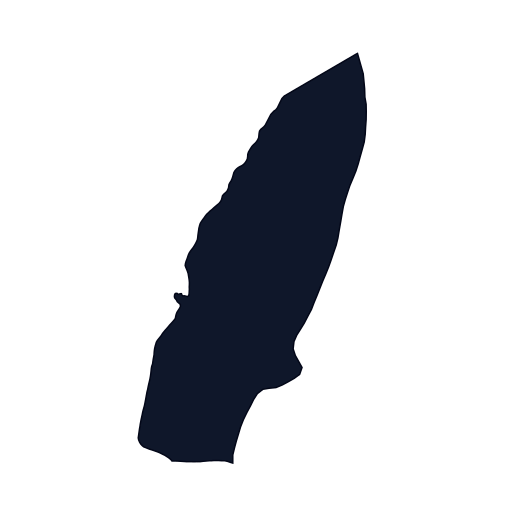 the district of Ayn, Shabwah, Yemen, rotated 8°
{"feature_id": "15242507B91008874349012", "entity_name": "Ayn", "entity_type": "district", "adm_level": 2, "iso_a3": "YEM", "parent_name": "Yemen", "parent_adm1": "Shabwah", "projection": "robinson", "projection_center": [45.555, 14.95], "detail": "fine", "context": "isolated", "style": "filled", "palette": "ink", "viewbox_px": 512, "rotation_deg": 8, "n_neighbors": 0, "source": "geoboundaries", "source_scale": "gbopen_adm2", "svg_char_len": 3744}
<svg xmlns="http://www.w3.org/2000/svg" viewBox="0 0 512 512"><g transform="rotate(8 256 256)"><path d="M261.8,464.3L261.7,463.4L260.7,456.2L261.4,449.0L262.3,441.7L263.4,434.6L264.5,427.3L266.3,419.8L268.9,411.8L271.4,405.1L273.6,398.4L276.5,392.1L281.4,387.0L287.5,385.1L294.1,383.5L300.0,380.0L305.6,375.9L310.9,371.8L315.7,367.1L317.1,360.0L313.0,354.6L308.8,349.1L305.7,342.8L305.5,335.4L307.4,328.6L310.3,322.2L313.1,315.8L315.7,308.4L318.3,301.3L320.0,293.9L321.9,286.6L323.9,278.4L325.6,271.4L326.9,266.6L327.5,264.4L329.4,256.8L330.9,249.6L332.3,242.2L333.9,234.0L334.6,226.8L334.8,218.7L335.1,210.1L335.3,202.4L335.6,194.6L336.6,187.3L337.8,180.4L339.1,173.3L341.2,165.4L343.1,157.9L344.4,150.4L345.3,143.3L346.4,135.2L347.3,128.0L347.2,120.3L346.6,113.3L346.1,105.8L345.1,97.8L343.9,90.3L341.7,83.5L340.3,75.3L338.9,69.4L338.6,68.1L336.8,60.6L330.6,46.5L328.3,41.3L327.0,42.2L292.6,69.3L261.8,93.6L259.8,96.4L258.4,100.6L256.6,106.2L256.1,107.1L255.2,108.6L253.6,110.0L251.0,113.7L247.7,123.0L247.0,125.0L245.9,126.8L244.6,128.3L243.1,129.9L242.1,131.8L242.0,134.2L242.1,136.3L242.2,138.4L241.6,140.5L240.6,142.7L239.5,144.4L238.0,146.2L236.8,147.9L235.8,150.0L235.0,151.9L234.1,154.1L233.7,156.4L233.9,158.8L233.9,161.1L233.2,163.2L232.3,165.1L230.9,167.1L229.3,168.6L227.6,169.7L226.1,170.9L224.7,172.4L223.4,174.3L222.5,176.4L222.2,178.7L221.9,181.0L221.5,183.0L220.9,185.1L219.9,187.2L219.3,189.0L219.3,192.4L218.7,194.6L218.1,196.2L216.7,197.9L215.4,199.4L214.4,201.1L214.2,203.4L213.9,205.5L213.1,207.4L212.0,209.2L210.4,210.9L208.8,212.7L207.4,214.3L205.9,216.2L204.3,217.8L202.9,219.7L201.4,221.5L200.3,223.4L199.3,225.4L198.2,227.4L197.2,229.4L196.3,231.4L195.9,233.6L195.7,235.7L195.6,236.1L195.6,238.4L195.6,240.7L195.6,243.0L195.7,245.4L195.7,247.8L195.2,249.8L194.4,252.2L193.6,254.2L192.5,256.6L191.4,258.5L190.3,260.5L189.4,262.5L188.8,264.7L188.4,267.0L188.0,269.0L187.5,271.0L187.2,273.2L187.2,275.3L188.2,277.2L189.4,279.2L190.4,281.0L191.3,282.9L191.9,284.9L192.6,287.1L193.2,289.2L193.7,291.4L194.0,293.7L194.2,296.0L194.6,298.1L194.8,300.3L195.0,302.6L194.9,304.7L193.7,305.7L191.8,305.5L191.0,305.4L190.5,305.4L189.0,305.7L188.7,305.5L188.1,305.1L188.0,304.8L187.4,303.7L186.5,303.8L185.2,304.4L184.2,304.8L183.1,304.0L182.6,304.0L181.9,304.1L181.2,304.5L180.8,305.7L180.8,307.3L181.2,308.6L181.5,309.0L183.2,310.5L184.4,312.2L186.1,313.3L187.8,314.5L188.2,316.7L187.5,318.6L186.6,320.5L185.6,322.7L185.1,324.8L184.9,326.9L184.8,329.1L183.8,330.9L182.6,332.8L181.3,334.7L180.1,336.4L178.9,338.4L177.8,340.1L177.5,340.6L176.5,342.0L175.4,343.8L174.3,345.6L173.3,347.9L172.2,349.8L171.1,351.6L170.1,353.3L169.3,355.3L169.0,357.4L168.7,359.4L168.5,361.8L168.5,363.9L168.6,365.9L168.8,368.0L168.7,370.4L168.6,372.6L168.6,374.8L168.6,377.3L168.1,379.7L168.0,381.9L168.1,384.2L168.2,387.0L168.2,389.8L168.1,392.5L167.9,394.9L167.6,397.9L167.4,400.7L167.3,403.1L167.0,405.6L166.9,408.0L166.8,410.3L166.7,413.3L166.6,415.3L166.5,417.4L166.3,420.2L166.0,422.4L165.7,424.7L165.5,426.9L165.4,429.0L165.2,431.4L165.2,431.7L165.0,434.1L164.9,436.5L164.8,438.6L164.8,440.9L164.7,443.2L164.7,445.5L164.7,448.0L164.7,450.4L164.7,452.5L165.4,454.5L165.6,454.8L166.6,456.5L168.0,458.2L169.7,459.6L171.3,460.6L173.5,461.1L175.4,461.6L177.4,462.1L179.4,462.4L181.6,462.8L183.5,463.2L185.5,463.6L187.6,464.1L189.4,464.7L191.4,465.4L193.4,466.0L195.3,466.9L197.3,467.8L199.0,468.8L200.7,470.0L201.3,470.7L204.8,470.2L207.8,469.9L210.5,469.7L213.2,469.5L216.2,469.3L219.4,468.8L222.8,468.4L226.7,467.8L226.9,467.8L229.4,467.4L232.3,466.6L235.4,465.9L238.4,465.2L240.7,464.9L241.6,464.6L244.7,464.1L247.8,463.7L250.7,463.5L253.6,463.1L256.3,463.3L259.3,463.9L261.8,464.3Z" fill="#0f172a" stroke="#020617" stroke-width="1.5"/></g></svg>